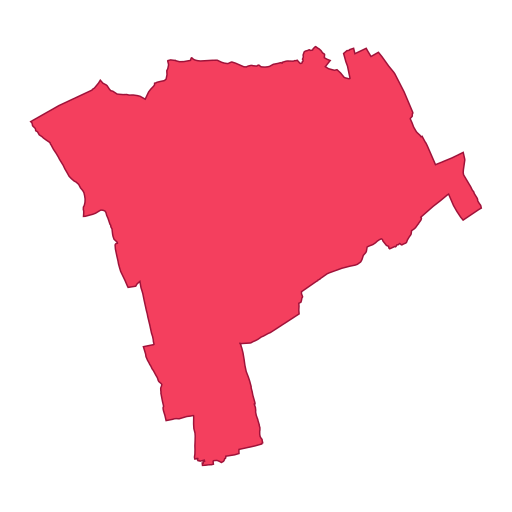 Lipovat, Vaslui, Romania
{"feature_id": "2599482B42630334171019", "entity_name": "Lipovat", "entity_type": "district", "adm_level": 2, "iso_a3": "ROU", "parent_name": "Romania", "parent_adm1": "Vaslui", "projection": "orthographic", "projection_center": [27.694, 46.559], "detail": "fine", "context": "isolated", "style": "filled", "palette": "rose", "viewbox_px": 512, "rotation_deg": 0, "n_neighbors": 0, "source": "geoboundaries", "source_scale": "gbopen_adm2", "svg_char_len": 5929}
<svg xmlns="http://www.w3.org/2000/svg" viewBox="0 0 512 512"><path d="M261.7,444.0L261.7,443.4L262.7,442.9L262.6,442.1L262.2,441.0L262.2,440.2L262.0,439.3L261.2,438.4L260.1,436.5L259.7,434.2L259.7,431.8L259.7,430.8L259.9,430.3L259.9,427.7L259.3,425.7L259.3,425.0L257.9,420.3L257.7,419.2L257.4,418.6L256.3,415.5L255.6,412.1L255.7,410.3L255.4,407.4L254.4,404.7L254.3,403.8L254.6,403.5L255.0,403.6L254.9,402.6L252.8,395.1L252.2,391.8L251.2,388.0L251.1,386.4L249.7,381.2L248.4,377.2L246.2,371.5L244.9,365.3L244.1,359.5L243.0,352.9L241.8,348.1L241.2,346.5L240.8,344.8L240.5,344.2L239.9,343.4L240.0,343.2L240.6,343.6L250.2,343.0L251.0,342.8L252.9,341.7L255.5,340.6L257.8,339.4L261.4,336.9L263.4,336.1L268.3,333.4L270.3,332.6L299.1,313.9L298.8,310.1L299.0,306.2L298.8,303.3L300.9,302.2L301.4,300.7L301.9,298.0L302.4,297.3L302.6,296.8L301.9,294.8L301.5,294.0L301.5,291.7L316.2,281.5L317.8,280.6L318.0,280.0L319.9,279.2L320.0,278.8L327.1,273.8L329.3,272.8L341.7,268.3L349.8,266.2L355.2,265.1L357.4,264.3L360.6,262.0L361.1,261.2L362.0,259.5L363.3,255.4L365.9,252.4L366.4,251.2L367.1,247.1L367.4,246.8L369.6,245.8L372.8,244.6L375.5,242.8L377.3,241.1L379.4,239.7L381.3,238.8L382.4,239.5L383.0,241.1L386.4,245.4L388.5,246.3L389.0,248.2L389.7,248.8L394.8,246.5L395.5,246.8L396.0,246.4L396.9,244.9L398.5,244.6L399.5,243.5L400.0,243.6L401.3,244.8L401.9,244.9L403.5,244.0L405.7,243.1L406.5,242.4L407.4,240.0L409.3,236.8L410.7,234.9L411.1,234.1L411.6,230.6L413.8,229.2L415.5,227.7L418.0,224.2L418.5,223.8L418.6,223.3L420.8,220.3L421.4,218.7L421.4,218.1L420.8,217.2L433.3,206.2L440.4,200.7L447.6,194.7L448.6,194.1L453.5,205.5L456.8,211.3L460.7,217.2L463.1,220.1L478.7,209.6L481.3,208.1L480.7,205.4L479.3,203.5L477.9,201.2L477.6,200.2L477.6,199.3L477.1,198.1L474.3,193.6L473.7,191.8L472.3,190.1L470.7,186.8L463.6,174.9L463.2,172.7L463.4,169.7L464.8,160.0L464.7,159.0L463.2,152.4L452.0,157.9L435.5,164.7L427.2,145.6L425.8,142.8L425.1,141.9L422.1,136.3L421.1,136.8L420.0,135.3L417.2,132.7L416.4,131.8L415.5,130.3L413.6,127.0L412.0,122.7L410.3,119.0L410.3,118.4L412.2,116.3L412.4,113.6L412.9,113.0L412.6,112.0L404.1,91.9L394.8,73.8L393.7,72.2L388.7,66.1L381.9,56.6L378.4,52.3L371.0,56.5L367.5,50.7L366.2,48.3L354.9,53.7L353.6,48.3L349.7,49.6L349.5,50.1L347.7,50.6L347.0,50.6L343.6,53.5L345.9,61.8L347.5,66.1L350.0,78.2L349.9,78.5L349.1,78.7L348.6,78.7L345.1,77.8L344.1,77.3L340.6,73.0L337.0,69.7L334.5,70.3L328.5,68.7L325.3,66.7L330.2,60.5L326.9,59.2L324.3,57.7L324.6,54.6L324.4,54.1L322.5,52.8L321.0,50.6L319.0,48.8L317.7,48.1L315.7,46.6L315.3,46.7L313.2,48.7L312.6,50.0L312.2,50.2L310.1,50.4L309.5,49.8L309.1,49.8L307.6,50.5L305.3,51.1L304.2,51.9L303.1,55.0L303.3,56.8L303.2,57.5L302.5,59.1L302.6,59.5L302.9,59.7L303.1,60.5L302.9,61.3L302.3,61.7L302.2,62.7L301.4,63.3L300.3,63.5L299.5,62.8L297.2,60.2L296.0,60.7L294.8,60.6L293.3,61.2L287.4,61.0L286.0,61.2L282.3,62.3L282.3,63.0L282.1,63.1L280.5,62.7L278.0,63.4L273.3,64.3L269.5,66.4L267.7,66.8L264.9,67.1L261.8,66.9L260.9,66.7L258.9,65.1L258.0,65.2L256.7,66.1L252.8,65.7L252.0,65.4L251.0,65.4L248.8,65.9L247.3,66.4L246.5,66.9L243.9,66.8L235.6,63.2L231.9,62.0L231.2,62.1L228.4,63.4L227.6,63.6L224.3,63.1L221.7,62.3L217.2,60.2L212.0,60.3L200.4,61.0L197.8,60.7L195.9,60.3L194.2,59.7L193.1,59.0L191.8,57.8L191.4,57.9L191.1,58.3L190.5,60.4L183.8,61.6L179.5,61.7L176.4,60.9L175.5,60.6L175.2,60.3L174.5,60.4L170.6,59.9L167.9,60.6L167.7,60.9L168.5,64.2L168.5,65.2L167.9,68.2L167.7,68.9L166.8,70.7L167.0,74.7L166.1,79.1L164.6,80.4L164.0,80.7L160.5,81.4L156.9,82.3L156.2,82.8L154.6,83.2L154.5,84.9L154.2,85.4L153.7,86.1L150.8,89.1L148.6,92.0L145.2,99.2L140.1,96.3L137.4,95.6L133.2,95.0L129.1,95.1L126.7,94.5L123.1,94.6L117.2,94.1L112.8,91.2L110.8,90.7L109.4,89.2L107.1,85.7L106.3,85.0L102.9,83.2L100.3,80.2L98.6,83.0L94.4,88.1L92.5,89.3L92.0,90.1L58.9,105.6L30.7,121.6L31.8,122.7L32.3,124.0L32.4,125.1L32.7,125.9L35.2,128.4L35.5,129.1L35.6,130.3L36.0,131.0L37.0,131.4L37.7,132.1L39.2,134.8L42.2,136.8L43.4,138.0L46.0,139.9L50.0,142.6L50.3,143.7L51.1,144.9L53.5,149.4L56.2,153.4L58.4,157.1L59.5,159.3L63.2,165.3L64.9,168.9L67.3,173.0L69.1,176.3L71.3,178.6L74.1,181.0L76.0,182.0L78.7,184.4L80.5,187.9L82.7,190.5L83.9,192.6L84.6,195.6L85.1,198.9L85.0,202.2L84.3,205.4L83.4,207.1L83.3,209.6L83.7,211.0L83.7,213.1L83.5,216.4L85.2,216.3L92.7,214.3L95.6,213.2L100.5,210.2L101.8,210.1L103.1,210.3L104.8,210.9L105.9,212.4L106.7,215.4L108.0,218.3L110.0,224.3L110.7,225.2L110.9,226.9L112.0,228.9L112.6,234.2L113.0,236.2L114.0,239.2L117.3,242.3L117.4,243.3L116.2,243.5L115.5,244.1L115.1,245.0L115.4,249.0L116.8,255.8L118.0,261.0L118.5,263.9L119.6,267.9L120.7,271.5L125.0,280.4L127.3,285.8L128.1,287.4L135.7,286.2L137.0,284.0L138.3,282.8L139.9,281.4L141.0,287.7L141.8,290.2L142.8,293.6L144.1,300.1L146.4,310.6L146.5,311.0L147.2,313.6L147.8,316.8L149.8,325.1L151.5,333.1L152.6,336.5L153.3,340.0L153.3,341.0L154.0,344.2L153.7,344.6L143.4,346.7L145.6,354.0L146.0,356.7L147.6,360.4L148.9,362.6L149.7,364.3L150.9,366.2L152.1,368.8L153.4,370.6L155.7,374.9L157.4,377.8L158.3,380.6L158.9,381.6L161.3,383.7L161.8,384.4L161.5,386.1L160.9,387.5L160.7,388.4L160.8,390.7L161.0,392.0L160.9,393.2L162.5,401.5L163.6,406.1L163.5,406.7L163.1,407.5L163.1,408.8L163.5,410.8L164.9,415.4L166.1,420.6L172.7,419.3L174.2,418.8L176.3,418.6L179.1,418.8L186.8,416.5L190.2,416.1L192.6,415.6L193.5,415.6L193.7,417.0L193.6,424.0L193.9,428.7L195.0,433.0L195.2,436.1L195.1,440.9L194.9,445.8L195.0,449.4L194.9,454.1L194.5,456.6L194.5,457.8L194.9,459.1L197.1,458.4L197.8,458.5L197.8,458.9L197.2,459.1L197.5,459.9L198.2,460.8L199.4,460.6L200.0,461.2L204.3,460.1L204.6,461.3L203.2,461.8L203.2,463.1L202.2,463.1L202.5,465.4L205.7,465.2L208.6,464.8L211.5,464.7L213.4,464.2L213.1,461.6L213.4,460.8L214.2,460.6L216.7,460.4L217.9,460.7L219.7,461.5L221.4,462.5L223.5,461.3L224.4,459.8L224.7,458.6L225.5,458.3L225.7,457.8L225.8,456.2L234.7,454.8L239.0,453.5L238.9,451.4L239.0,449.4L255.0,445.9L261.7,444.0Z" fill="#f43f5e" stroke="#9f1239" stroke-width="1.5"/></svg>